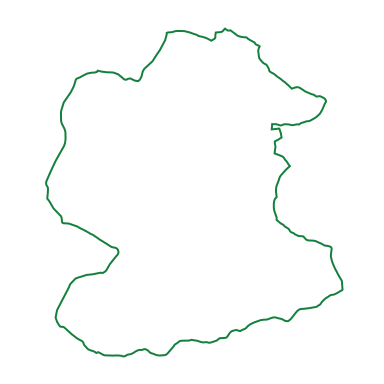 Si Ma Cai, Lào Cai, Vietnam (Albers equal-area conic projection), rotated 267°
{"feature_id": "81297802B8681355150837", "entity_name": "Si Ma Cai", "entity_type": "district", "adm_level": 2, "iso_a3": "VNM", "parent_name": "Vietnam", "parent_adm1": "Lào Cai", "projection": "albers", "projection_center": [104.253, 22.664], "detail": "fine", "context": "isolated", "style": "outline", "palette": "green", "viewbox_px": 384, "rotation_deg": 267, "n_neighbors": 0, "source": "geoboundaries", "source_scale": "gbopen_adm2", "svg_char_len": 5895}
<svg xmlns="http://www.w3.org/2000/svg" viewBox="0 0 384 384"><g transform="rotate(267 192 192)"><path d="M352.2,175.1L350.4,174.9L344.9,173.1L335.3,167.3L330.5,163.6L324.6,159.4L317.5,150.8L314.9,149.1L309.9,147.6L307.0,145.9L305.5,144.0L306.2,140.8L308.6,136.4L308.4,134.0L307.5,132.2L308.0,130.1L309.7,128.5L313.5,124.3L315.5,119.4L316.0,113.4L317.0,107.8L318.1,104.2L316.8,103.2L316.8,102.7L316.4,101.2L316.4,98.4L316.2,96.3L315.7,93.3L313.4,88.2L312.5,86.4L311.9,84.9L311.2,82.8L311.0,82.5L310.2,81.9L309.4,81.5L308.9,81.4L304.2,79.7L298.4,76.5L288.1,68.6L279.9,65.6L278.2,65.3L270.6,65.0L268.4,65.2L266.8,65.7L264.4,66.8L261.9,67.9L259.4,68.6L257.0,68.7L251.6,68.5L248.0,67.9L246.0,67.2L244.3,66.4L230.3,57.5L220.4,52.2L211.2,47.6L209.6,46.9L208.7,46.8L207.5,46.8L206.5,47.0L204.4,48.1L203.6,48.3L202.1,48.3L198.9,48.0L193.0,47.1L190.5,48.9L182.9,52.8L175.9,58.8L174.9,59.8L173.6,60.3L172.4,60.5L169.2,60.6L168.2,60.9L167.8,61.4L167.5,62.1L167.0,67.2L163.6,75.5L161.3,79.1L160.2,81.2L156.7,86.9L155.6,88.3L154.5,90.6L151.0,95.3L149.5,97.1L144.6,104.2L142.5,107.0L141.6,108.4L141.2,109.1L140.8,110.4L140.4,112.3L139.8,113.5L139.2,114.2L138.7,114.7L137.9,115.0L136.3,115.4L135.5,115.4L134.6,115.1L133.7,114.7L133.0,114.2L131.9,113.0L124.4,106.3L118.5,102.5L117.6,101.7L117.1,101.0L116.7,100.3L115.9,99.0L115.9,97.8L116.2,96.6L115.0,88.3L114.7,82.5L114.1,80.0L113.8,79.2L112.5,73.7L111.7,71.2L106.9,66.1L105.8,65.2L103.6,64.3L81.7,51.4L80.8,51.0L74.0,49.3L73.3,49.3L69.4,50.5L66.4,52.0L64.6,53.3L64.3,53.9L64.2,54.8L64.2,55.8L63.9,56.6L63.0,57.8L56.2,64.5L51.6,69.9L49.7,73.0L49.3,73.8L48.6,74.7L47.4,75.5L44.9,76.3L40.8,79.6L40.3,80.2L39.4,81.8L38.3,84.9L37.6,86.3L36.2,88.1L37.0,89.9L35.2,93.0L33.7,95.5L33.5,96.1L33.1,100.4L33.0,102.0L32.8,103.8L32.7,108.2L32.6,109.8L32.2,112.6L31.7,113.9L31.3,115.3L31.4,115.7L32.1,117.7L32.5,118.3L32.9,119.2L33.3,122.4L33.5,123.1L34.8,125.8L35.7,127.3L36.6,129.3L37.0,131.0L37.0,132.9L36.9,133.7L37.2,134.8L37.5,135.7L37.6,136.5L37.5,136.9L37.3,137.5L36.3,139.3L35.7,140.0L34.1,141.4L33.3,142.5L32.6,144.5L31.5,146.8L31.0,148.2L30.5,150.3L30.4,151.1L30.5,156.4L30.8,157.2L31.2,158.0L31.7,158.8L38.0,164.8L39.2,165.9L40.2,166.5L40.6,167.0L42.3,169.9L43.8,172.0L43.9,172.5L44.0,174.9L43.8,180.4L43.8,181.3L44.0,182.3L44.3,183.3L44.4,184.0L43.6,187.1L43.4,188.5L42.9,190.2L41.9,192.7L41.2,195.0L41.3,198.1L41.2,199.1L40.6,200.8L40.6,201.7L40.7,202.9L41.2,204.8L42.2,208.4L42.6,209.3L44.2,211.4L44.5,212.1L44.6,212.9L44.5,214.9L44.6,216.1L44.5,217.6L44.8,218.3L45.0,218.9L45.6,219.6L48.6,221.8L50.1,223.2L50.7,224.0L51.2,225.1L51.4,226.4L51.8,228.1L51.8,229.4L50.8,231.9L50.6,232.9L51.0,233.7L51.6,234.8L52.5,237.5L53.0,238.4L53.5,239.1L54.8,240.3L56.3,242.4L57.0,243.6L58.7,247.9L60.4,253.8L60.6,255.1L60.7,256.8L60.7,260.2L62.2,265.3L62.5,266.9L62.5,267.7L62.4,268.4L62.3,269.1L61.3,271.9L60.7,274.2L60.2,275.5L58.7,277.8L58.4,278.5L58.1,279.5L58.0,281.0L58.1,281.3L58.3,281.8L58.6,282.2L59.7,283.6L60.7,284.7L66.0,289.3L67.9,291.2L68.6,292.2L69.1,293.2L69.4,294.4L69.7,300.8L69.9,303.2L70.5,308.1L70.8,309.9L71.1,311.0L71.3,311.3L72.0,312.1L72.5,313.4L73.5,314.6L75.0,315.6L76.8,317.4L78.8,319.8L80.3,322.6L81.5,324.4L81.9,325.6L82.1,328.1L82.6,329.6L83.4,331.5L85.6,335.6L86.2,337.0L86.8,337.2L87.3,337.2L95.2,337.0L95.5,336.9L96.0,336.7L99.0,335.1L102.1,333.5L106.1,331.8L106.6,331.4L111.1,329.6L115.8,328.1L120.6,327.3L122.1,327.4L127.9,328.5L128.2,328.5L128.7,328.4L129.4,328.1L129.9,327.6L130.2,327.0L130.5,326.6L131.4,323.1L131.5,322.2L131.7,321.4L132.1,320.8L133.2,319.3L136.7,312.4L137.1,310.2L137.6,305.5L137.7,305.0L138.6,303.4L141.6,301.0L141.9,300.6L142.5,296.1L144.1,293.0L145.6,291.2L146.5,289.3L146.8,288.7L147.4,288.1L148.8,287.3L149.8,286.8L151.1,285.4L151.7,284.3L152.6,283.0L153.9,281.9L154.9,280.8L155.8,279.2L159.6,275.1L162.4,275.1L162.8,275.0L164.5,274.4L165.5,274.2L168.5,273.3L170.3,273.0L172.6,272.9L176.2,273.1L178.7,273.6L180.6,274.4L181.7,275.4L182.6,276.3L187.9,275.9L191.3,276.2L193.6,276.7L197.0,278.3L202.6,280.6L204.3,282.0L209.4,287.0L212.7,291.1L214.7,289.7L217.2,288.4L219.1,286.8L221.6,285.4L223.0,283.8L226.2,276.5L228.1,276.8L232.1,277.6L233.7,277.7L236.0,277.3L237.6,277.3L238.3,277.5L239.5,280.4L241.7,284.3L246.1,283.8L250.7,282.5L250.8,281.9L250.5,278.9L250.4,274.9L255.6,275.6L255.4,277.2L255.4,278.9L254.9,280.9L254.5,282.0L254.1,283.0L253.8,284.0L253.9,284.5L254.1,285.4L254.7,287.2L254.8,288.1L254.6,290.7L254.3,292.7L253.6,294.9L253.5,295.6L253.5,296.4L253.6,297.5L253.9,298.8L254.1,300.3L254.0,301.3L253.8,301.9L253.8,302.5L254.3,303.1L255.2,304.8L255.9,307.8L256.4,309.3L256.6,310.5L256.7,312.7L257.0,313.7L259.1,317.9L260.4,320.1L262.8,323.1L264.0,324.2L266.4,325.8L269.1,327.3L271.6,328.4L273.1,329.2L275.4,330.6L276.0,330.6L276.8,330.3L277.8,329.7L278.6,329.1L280.6,325.7L281.0,324.5L280.9,322.5L280.8,321.6L281.3,320.5L281.6,320.2L282.8,318.6L283.4,316.6L286.5,310.3L288.1,308.3L290.5,304.9L291.1,303.3L291.2,302.2L290.8,299.8L290.1,297.6L290.0,297.0L291.7,295.5L293.8,293.5L297.1,290.1L298.3,288.5L299.9,286.9L303.2,282.6L304.6,281.3L305.9,279.6L307.7,276.6L309.0,275.5L310.5,275.3L313.5,274.0L314.4,273.5L315.6,272.5L316.1,271.4L316.9,270.2L318.3,268.9L320.5,267.2L322.1,266.2L324.1,265.9L329.7,265.5L332.6,266.4L333.1,266.9L333.9,267.2L334.9,266.0L335.2,264.9L336.3,263.2L338.0,262.3L338.4,261.6L338.7,261.2L340.0,259.0L342.0,256.0L343.2,255.0L343.7,253.7L343.8,251.9L344.3,249.5L344.8,247.8L345.5,246.1L346.4,244.8L347.3,243.9L350.3,240.2L351.3,239.1L351.4,238.8L351.3,238.1L351.4,236.2L352.4,234.7L353.4,233.5L353.2,233.2L350.7,230.8L350.3,229.4L350.1,227.6L350.1,224.4L350.0,224.1L347.8,223.6L344.7,223.3L344.1,222.8L343.7,222.3L342.1,219.2L344.3,215.6L345.3,213.6L346.6,210.0L347.0,208.1L347.7,206.3L348.6,205.2L350.4,200.5L351.3,198.6L353.1,192.7L353.3,189.7L353.6,186.1L353.5,183.8L352.8,181.0L352.6,179.4L352.6,176.2L352.2,175.1Z" fill="none" stroke="#15803d" stroke-width="2"/></g></svg>